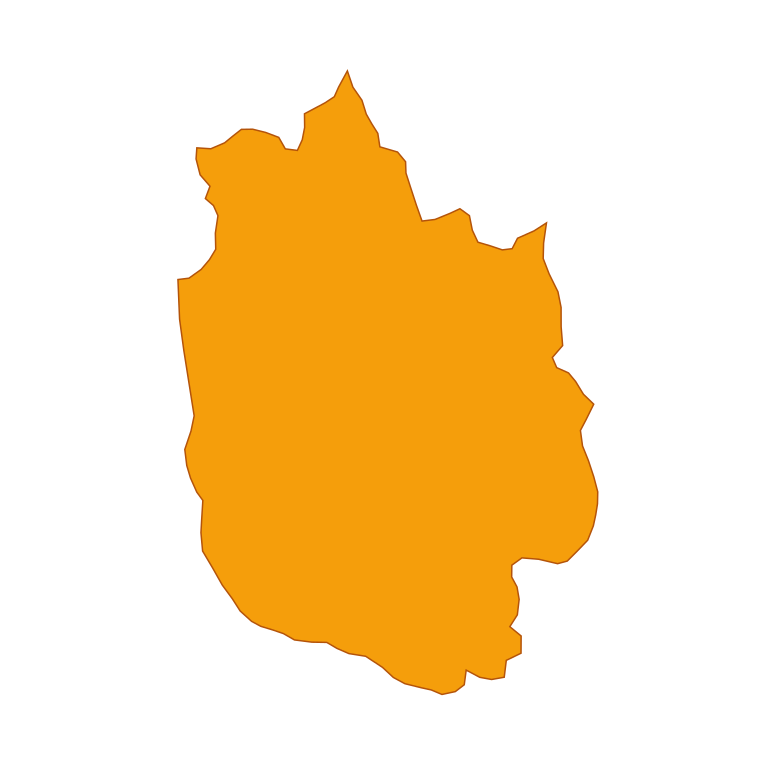 the district of São João do Itaperiú, Santa Catarina, Brazil, rotated 173°
{"feature_id": "56859067B4015811011138", "entity_name": "São João do Itaperiú", "entity_type": "district", "adm_level": 2, "iso_a3": "BRA", "parent_name": "Brazil", "parent_adm1": "Santa Catarina", "projection": "albers", "projection_center": [-48.803, -26.597], "detail": "fine", "context": "isolated", "style": "filled", "palette": "amber", "viewbox_px": 768, "rotation_deg": 173, "n_neighbors": 0, "source": "geoboundaries", "source_scale": "gbopen_adm2", "svg_char_len": 1707}
<svg xmlns="http://www.w3.org/2000/svg" viewBox="0 0 768 768"><g transform="rotate(173 384 384)"><path d="M279.8,138.6L276.1,153.8L276.7,166.3L280.8,176.9L279.2,188.6L268.3,194.6L251.8,191.2L233.6,184.5L223.7,185.9L212.6,194.6L200.9,204.1L193.5,217.7L189.8,228.3L186.7,239.1L185.0,250.9L187.1,266.3L190.4,282.9L194.5,298.3L194.7,314.0L187.7,324.1L178.3,338.4L187.3,349.5L193.5,363.1L199.5,372.5L210.6,379.2L213.7,389.8L202.0,400.4L201.2,419.3L198.9,438.4L200.1,454.3L206.7,473.2L210.7,489.1L208.4,504.5L203.1,524.1L216.4,517.7L233.7,512.4L240.3,502.7L250.2,502.7L261.3,508.0L273.5,513.3L277.6,525.9L278.7,540.7L287.3,548.7L297.8,545.3L313.3,541.1L326.4,541.1L330.1,557.7L333.8,576.6L336.5,590.7L335.5,602.0L342.3,612.6L359.2,619.9L359.6,633.5L364.5,643.9L368.7,654.0L371.3,668.3L378.7,682.4L382.2,699.2L392.9,684.2L398.3,675.2L408.4,670.2L430.0,661.9L431.5,648.3L435.4,636.3L441.5,626.4L453.3,629.4L458.4,641.6L470.8,648.1L483.3,652.9L494.5,654.1L503.3,648.8L512.8,642.8L527.2,638.6L541.0,641.2L543.1,630.3L541.0,614.0L532.6,601.5L538.7,589.8L531.5,581.9L528.3,571.3L533.0,554.3L534.6,538.2L542.1,528.7L551.5,520.0L564.7,512.8L575.8,512.8L579.0,473.2L578.6,441.9L576.3,375.5L581.3,360.8L589.7,343.3L589.7,327.1L587.5,314.2L583.0,299.5L578.0,290.5L581.7,270.5L583.8,258.7L584.4,240.3L576.6,222.5L569.0,204.1L560.7,189.3L554.4,176.2L544.3,164.5L535.8,158.5L524.3,153.4L514.2,148.5L504.1,140.9L487.2,136.6L472.3,134.5L462.9,127.3L451.7,120.7L435.4,116.0L420.0,102.9L410.5,91.6L399.8,84.0L384.1,78.0L374.4,74.6L364.3,68.8L350.7,70.0L341.0,75.7L337.3,90.0L324.7,81.2L313.2,77.6L300.4,78.3L296.3,94.8L280.8,100.1L278.6,117.2L288.7,127.8L279.8,138.6Z" fill="#f59e0b" stroke="#b45309" stroke-width="1.5"/></g></svg>